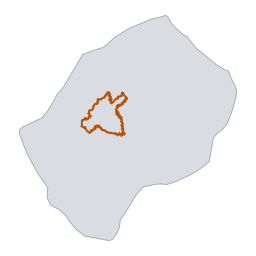 Likolobeng, Maseru, Lesotho (highlighted)
{"feature_id": "5366337B98429078950414", "entity_name": "Likolobeng", "entity_type": "district", "adm_level": 2, "iso_a3": "LSO", "parent_name": "Lesotho", "parent_adm1": "Maseru", "projection": "robinson", "projection_center": [27.995, -29.48], "detail": "fine", "context": "in_parent", "style": "outline", "palette": "amber", "viewbox_px": 256, "rotation_deg": 0, "n_neighbors": 0, "source": "geoboundaries", "source_scale": "gbopen_adm2", "svg_char_len": 6553}
<svg xmlns="http://www.w3.org/2000/svg" viewBox="0 0 256 256"><path d="M175.7,181.6L167.3,184.3L166.2,184.5L160.8,183.9L153.7,184.5L148.1,186.0L143.7,186.6L136.6,194.3L123.7,215.2L120.3,219.6L119.3,227.8L116.3,234.3L112.7,239.4L109.1,240.6L98.3,238.6L84.6,236.0L76.5,229.7L69.4,221.4L65.6,215.4L61.7,212.1L60.4,210.2L54.7,207.4L52.6,206.0L50.8,205.0L48.5,200.9L47.2,197.5L47.7,187.8L43.7,182.0L36.9,172.1L32.6,164.0L26.7,153.0L23.1,143.5L19.4,133.7L19.9,129.5L23.4,126.6L33.8,121.7L41.9,117.9L47.7,110.9L54.0,100.5L57.1,94.2L60.1,91.3L63.5,86.9L69.3,77.1L75.8,66.2L82.8,54.5L91.6,51.1L103.7,47.2L115.2,37.0L129.0,28.4L151.3,19.1L161.7,16.7L165.6,15.4L168.1,17.1L170.8,22.5L174.6,26.9L183.3,34.7L187.1,36.6L196.1,48.1L205.8,56.0L216.9,65.1L224.5,69.7L228.4,70.9L231.5,79.0L234.8,85.0L236.6,90.6L236.2,96.0L232.6,109.4L227.5,123.1L223.3,128.7L218.3,132.3L213.4,137.7L211.5,148.7L209.2,161.6L202.8,166.9L197.8,170.4L190.9,174.6L175.7,181.6Z" fill="#d9dde1" stroke="#a8b0b8" stroke-width="1"/><path d="M122.5,134.8L122.3,134.3L122.4,134.1L123.1,134.2L123.8,133.4L124.3,134.3L124.7,133.8L124.8,133.6L123.6,132.4L123.4,132.1L123.1,132.1L122.7,132.6L122.4,132.5L122.9,131.4L122.9,130.8L122.7,130.0L123.3,129.7L123.4,129.4L123.3,129.1L122.9,128.9L122.1,129.1L122.0,128.8L121.8,128.1L122.0,127.6L122.7,127.1L122.9,126.8L122.7,126.6L122.2,126.7L121.6,125.5L121.8,125.5L122.2,125.9L122.6,125.8L122.5,125.6L122.1,125.3L122.0,124.6L122.8,124.1L123.0,123.7L122.9,123.4L122.3,122.9L122.1,122.5L121.2,122.1L121.1,121.9L121.1,121.6L121.9,120.8L122.1,120.2L121.8,119.7L121.3,119.6L120.8,119.2L120.6,118.4L120.8,118.0L121.5,117.8L121.7,117.4L121.3,117.2L120.8,117.2L120.3,117.4L119.8,117.8L119.2,117.7L119.2,117.4L120.0,116.2L119.5,115.1L119.0,115.1L119.2,115.7L118.7,115.6L118.0,115.8L117.8,115.6L117.7,115.4L118.1,114.9L118.1,114.6L117.2,114.5L116.5,114.2L116.3,114.0L116.4,113.7L118.2,113.9L118.5,113.6L118.6,113.1L118.5,112.8L118.2,112.7L117.3,113.0L116.5,113.0L116.3,112.6L116.3,112.3L116.7,112.1L117.5,112.1L117.9,111.5L117.8,111.3L117.5,111.2L116.8,111.3L116.3,111.2L116.2,111.0L116.3,110.4L116.0,109.8L116.4,109.4L116.5,108.5L117.0,108.3L117.5,107.8L117.1,107.1L117.6,107.1L117.9,107.0L117.9,106.8L117.2,105.9L117.4,105.8L117.9,105.9L117.9,105.0L118.1,104.9L118.3,105.3L118.8,105.5L119.1,105.0L119.6,104.8L119.7,105.0L119.5,105.7L119.7,105.9L120.1,105.4L120.7,105.5L120.9,105.4L121.0,105.2L120.6,104.6L120.9,104.5L121.2,104.6L121.7,104.6L122.2,104.4L121.8,103.7L121.8,103.3L122.6,103.6L122.9,103.6L122.7,102.8L123.1,102.4L123.4,101.7L123.9,101.7L123.8,102.2L124.6,102.3L124.7,102.1L124.2,101.6L124.2,101.0L124.3,100.9L125.2,101.5L125.4,101.4L125.5,100.7L124.7,100.7L124.5,100.4L124.5,100.1L124.8,100.1L124.9,100.4L125.1,100.5L125.4,99.9L126.0,99.8L126.5,99.3L126.0,98.6L126.2,98.4L126.7,98.5L126.9,98.4L126.8,98.1L126.4,98.2L126.2,97.9L126.3,97.7L126.2,97.4L125.8,97.1L125.3,96.6L125.0,95.9L124.4,95.8L124.0,95.0L123.5,94.8L123.5,93.7L123.3,93.1L122.6,92.6L122.2,92.7L121.8,93.2L121.7,94.1L122.0,94.8L121.8,95.7L120.9,95.9L120.2,96.6L119.4,96.6L118.6,96.4L118.4,96.7L118.6,96.9L118.5,97.0L117.9,96.9L117.6,97.1L117.5,97.4L117.8,98.0L118.2,98.0L117.9,98.5L117.2,98.7L116.9,99.0L116.4,98.9L115.3,99.3L115.0,99.6L114.9,100.0L114.5,100.4L114.4,101.0L111.8,103.3L111.1,103.1L111.1,102.7L110.7,102.4L111.1,101.9L111.1,101.2L110.7,101.3L110.6,100.8L110.0,100.6L109.8,100.4L109.9,100.1L110.5,100.1L110.8,99.9L110.3,99.8L109.7,99.6L109.9,99.5L110.0,99.1L110.7,98.7L110.3,98.5L110.3,98.3L110.6,98.2L110.7,97.6L110.0,97.9L109.6,97.7L109.7,97.4L110.1,97.3L110.2,97.1L110.1,96.6L109.7,96.5L109.6,96.1L109.9,95.9L109.9,95.7L109.7,95.6L108.9,95.7L108.9,95.3L109.4,95.3L109.2,95.2L109.2,94.9L109.0,94.7L109.5,94.5L109.2,94.3L109.5,93.8L109.5,93.3L109.5,93.0L109.3,92.8L109.1,92.7L109.0,92.4L108.7,92.1L107.8,92.3L107.5,92.5L107.4,93.0L106.8,93.4L106.9,93.6L106.7,94.2L106.0,94.6L105.9,95.6L104.9,96.0L104.9,96.6L104.5,96.9L104.4,97.7L102.6,97.9L102.3,98.4L101.5,98.7L101.2,99.4L100.9,99.6L98.7,99.1L98.2,100.1L97.7,99.8L97.6,100.4L97.7,100.5L97.5,101.0L97.5,101.5L97.8,101.5L98.2,102.0L97.5,102.8L97.7,103.3L97.4,103.8L96.8,104.0L96.4,103.7L95.6,103.7L94.6,104.3L94.3,104.7L94.3,105.1L93.9,105.4L93.7,106.5L93.1,107.0L93.5,107.5L93.5,108.1L92.4,109.2L92.2,109.9L91.8,110.3L89.6,110.1L89.2,110.5L89.3,111.0L89.3,111.5L89.2,112.0L88.9,112.1L88.9,113.0L88.6,113.3L89.4,113.6L89.4,114.5L89.2,115.0L89.4,115.5L90.2,115.9L90.8,116.0L90.7,116.3L90.3,116.5L89.7,116.5L88.9,117.0L89.1,117.2L88.8,117.2L88.8,117.9L88.2,118.8L87.9,118.6L87.3,118.7L86.9,118.5L86.7,118.9L86.6,119.2L86.2,119.3L86.4,119.6L86.0,119.7L85.7,119.2L85.7,118.8L85.6,118.7L85.5,118.3L85.1,118.1L84.6,118.6L84.3,119.5L83.7,119.9L83.3,119.8L82.3,120.0L82.1,120.3L81.9,120.9L82.1,121.6L81.9,121.9L81.9,123.4L81.8,124.6L82.0,125.6L81.7,126.0L81.6,126.4L82.5,126.6L83.0,127.1L83.5,127.2L83.8,127.5L84.5,127.1L84.9,127.4L85.3,127.3L85.4,127.6L84.9,127.7L84.7,128.1L85.3,128.3L85.5,128.7L86.3,129.7L86.7,130.7L88.0,131.8L88.5,131.9L89.6,132.5L89.6,132.8L90.1,132.6L90.1,132.2L90.4,132.1L90.6,131.6L91.1,131.4L91.2,131.1L91.0,130.7L91.3,130.1L91.7,130.3L92.2,130.1L92.4,130.6L92.6,130.3L93.4,129.9L93.8,129.3L94.4,129.3L94.6,129.2L94.3,129.0L94.3,128.6L94.1,128.4L94.4,127.6L94.6,127.6L95.4,128.3L95.7,128.2L95.8,127.7L95.6,127.6L95.3,127.7L95.0,126.6L95.4,126.6L95.5,126.1L96.1,125.9L96.7,125.5L97.5,125.9L97.7,126.5L98.0,126.3L98.1,125.9L98.3,126.0L98.3,126.3L98.6,126.1L98.8,126.3L99.1,126.1L99.1,126.5L99.4,126.3L99.7,126.8L99.6,127.2L99.9,127.4L100.2,127.4L100.2,127.5L100.4,127.6L100.2,127.8L100.3,127.9L100.4,128.2L100.6,128.2L100.8,128.0L101.1,128.1L101.2,128.4L101.6,128.6L101.5,128.8L101.7,129.3L101.9,129.2L102.0,129.4L102.3,129.3L102.1,129.5L102.6,129.7L102.5,129.9L102.8,129.9L103.2,130.4L103.9,130.3L104.1,130.2L104.2,130.3L104.4,130.2L104.8,130.5L105.2,130.5L105.3,130.6L105.3,131.0L106.1,131.5L107.1,131.9L107.1,132.3L108.8,132.8L109.5,132.7L110.0,133.1L110.4,133.0L110.9,132.6L111.7,133.1L112.5,133.3L113.0,133.2L113.7,133.3L114.3,133.2L114.4,133.5L114.8,133.6L115.5,133.4L115.5,133.6L115.6,133.8L115.8,133.7L116.1,133.7L116.4,133.8L116.4,134.0L116.9,133.8L117.0,133.9L116.8,134.1L117.1,134.1L117.3,134.4L117.4,134.1L117.3,133.9L117.6,134.4L117.7,134.1L118.0,134.2L118.6,134.3L118.7,134.5L119.0,134.2L119.0,134.5L119.3,134.5L119.4,134.2L119.5,134.5L119.8,134.4L119.8,134.6L120.3,134.7L120.5,134.7L120.8,134.7L121.1,134.7L120.8,134.9L121.2,134.8L121.3,134.6L121.4,134.8L121.7,134.7L121.7,135.0L122.0,134.7L122.2,134.8L122.4,134.7L122.4,134.9L122.5,134.8Z" fill="none" stroke="#b45309" stroke-width="2"/></svg>